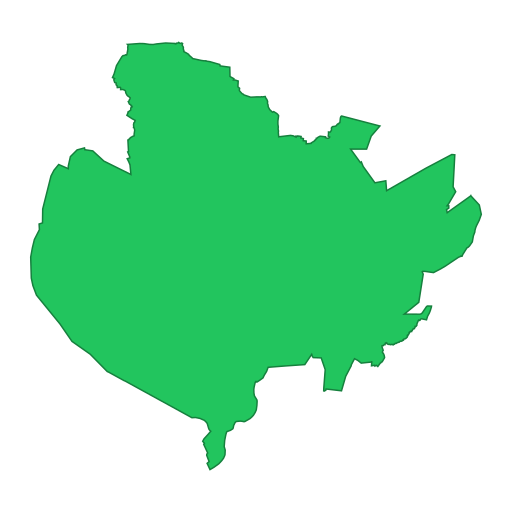 Kota Palembang, Sumatera Selatan, Indonesia (orthographic projection)
{"feature_id": "22746128B87825164980488", "entity_name": "Kota Palembang", "entity_type": "district", "adm_level": 2, "iso_a3": "IDN", "parent_name": "Indonesia", "parent_adm1": "Sumatera Selatan", "projection": "orthographic", "projection_center": [104.768, -2.979], "detail": "fine", "context": "isolated", "style": "filled", "palette": "green", "viewbox_px": 512, "rotation_deg": 0, "n_neighbors": 0, "source": "geoboundaries", "source_scale": "gbopen_adm2", "svg_char_len": 5977}
<svg xmlns="http://www.w3.org/2000/svg" viewBox="0 0 512 512"><path d="M72.0,341.4L90.2,354.2L107.4,371.7L108.0,371.8L124.4,380.8L124.9,380.9L191.9,417.7L195.5,417.5L199.9,418.4L204.3,420.3L205.8,421.7L207.2,423.4L208.8,428.9L209.5,430.0L210.8,431.2L207.8,434.7L204.1,438.7L202.7,441.3L204.4,443.3L203.7,444.3L207.7,453.0L206.8,454.2L206.7,455.3L209.1,461.6L207.1,463.3L210.0,469.6L213.9,467.3L218.9,463.7L221.7,460.7L223.5,458.3L224.7,455.6L225.0,454.5L225.2,450.1L224.2,446.6L224.7,440.4L225.8,434.8L226.4,432.6L226.9,431.6L230.5,430.3L232.8,428.8L233.2,427.9L233.7,425.4L234.4,424.0L235.1,422.5L236.3,421.5L240.2,421.1L242.1,421.3L244.0,421.7L244.9,421.5L250.0,418.6L251.8,417.0L253.4,415.3L255.2,412.4L255.8,412.7L255.2,412.4L256.3,409.8L256.9,405.4L257.1,401.6L257.0,400.1L254.4,395.8L253.9,392.9L253.8,389.4L254.1,387.2L255.0,383.2L255.4,382.1L256.0,381.4L257.1,382.4L257.0,382.2L257.8,381.5L260.1,380.0L263.0,377.9L264.2,375.3L266.6,371.4L268.1,367.3L286.0,365.9L304.8,364.6L311.7,354.3L312.4,356.4L313.2,357.6L321.2,357.9L325.2,369.6L323.8,387.9L323.7,390.9L324.2,391.1L324.5,390.8L325.7,390.4L326.1,389.0L341.5,390.8L345.7,376.3L351.2,365.8L351.3,364.8L354.5,358.7L357.8,360.4L361.2,363.1L370.9,362.1L371.6,361.7L371.8,361.8L371.5,365.8L374.6,365.3L374.9,366.1L376.3,365.3L377.8,366.5L380.3,363.1L380.8,362.9L381.3,362.2L382.2,361.8L384.4,358.0L384.6,357.4L384.1,355.1L383.3,353.3L383.1,353.3L382.4,352.3L382.8,350.7L383.2,350.3L382.2,347.5L381.9,345.9L382.5,345.6L383.4,345.6L383.9,344.8L384.4,344.6L385.0,344.7L385.4,343.1L385.8,343.1L386.2,342.8L386.6,343.3L386.9,343.1L387.1,343.3L387.3,343.9L388.1,344.3L389.2,344.5L389.7,344.2L390.4,344.7L391.7,344.5L391.9,344.3L392.3,344.4L392.5,344.7L393.4,344.8L393.6,344.3L394.3,344.3L394.8,344.0L395.1,343.4L396.3,343.2L396.4,343.3L397.2,342.7L397.9,342.6L398.7,342.1L399.4,342.1L400.0,341.3L400.4,341.2L401.1,341.3L402.4,340.8L402.7,340.4L402.7,340.1L402.9,340.0L403.2,340.3L403.4,340.2L403.6,340.0L403.5,339.5L403.7,339.2L404.3,338.9L405.0,338.9L405.9,338.4L407.3,337.0L407.4,336.4L407.5,336.3L407.3,335.8L407.8,335.5L407.6,335.1L408.3,334.6L408.5,334.6L409.4,332.9L409.1,332.7L409.1,332.4L410.1,331.7L410.4,331.8L411.0,331.2L411.4,331.4L411.4,330.9L412.0,330.9L412.4,330.4L412.4,329.9L413.2,329.1L413.3,328.7L414.0,328.8L414.4,328.6L414.3,328.3L415.0,327.4L415.1,326.4L415.8,326.5L416.1,326.3L416.9,325.2L416.9,323.9L418.5,320.2L418.8,320.0L419.6,320.5L420.0,320.3L420.4,319.5L420.9,319.0L421.5,318.8L426.5,319.8L427.6,316.2L429.3,313.1L430.3,310.6L431.4,307.0L431.5,306.1L427.4,306.0L426.9,306.3L426.5,306.6L422.1,313.1L420.8,314.0L419.7,314.2L404.3,314.1L418.8,302.3L423.2,274.2L422.2,271.7L422.9,271.3L425.1,271.4L433.5,272.6L440.6,268.9L445.5,266.0L458.4,257.3L460.9,256.3L460.8,256.1L461.1,256.0L461.4,256.3L462.1,256.2L462.7,254.6L466.9,247.9L468.3,247.1L469.6,245.8L472.3,241.9L473.4,235.8L474.8,232.1L475.0,230.2L475.7,227.7L476.5,225.7L479.2,220.3L481.3,214.4L479.3,205.0L470.8,195.8L470.7,196.1L470.7,195.9L447.2,212.7L446.5,209.6L448.8,208.1L448.8,205.8L447.1,205.8L448.6,203.8L455.7,191.7L453.1,186.8L454.8,154.8L451.8,154.5L425.9,168.2L386.6,190.7L385.8,180.8L374.9,182.8L363.2,166.5L361.3,161.9L360.4,162.6L350.6,149.1L366.6,149.1L371.2,136.1L379.9,126.0L341.6,116.0L341.0,116.4L340.7,117.0L340.7,117.5L340.4,117.8L339.9,122.6L339.1,123.0L338.9,123.4L338.3,124.0L337.8,123.9L337.4,124.2L336.6,125.2L336.5,125.5L335.4,126.2L332.6,126.6L331.9,127.2L331.4,128.0L331.5,130.0L330.8,131.2L330.0,132.2L328.5,132.0L328.5,134.1L328.2,136.1L329.7,137.0L329.5,137.4L328.6,138.2L327.3,138.3L325.4,137.6L325.5,136.8L320.3,136.2L319.8,136.3L317.8,137.4L317.0,138.2L316.3,138.2L316.1,139.2L315.1,140.2L314.7,140.3L314.5,140.9L311.1,143.0L311.1,143.4L306.2,143.8L306.2,141.0L303.2,140.7L303.4,138.6L300.8,137.9L301.1,136.5L298.9,136.1L297.7,136.0L297.7,136.3L296.0,136.1L296.0,137.1L293.1,135.8L290.5,135.4L278.7,136.8L278.3,132.2L278.5,131.1L278.1,129.0L278.3,127.0L278.0,124.8L277.9,124.7L277.9,121.0L278.6,115.7L277.9,114.6L276.8,113.5L273.7,111.6L272.5,112.2L269.7,109.6L268.4,107.2L268.1,106.2L268.1,105.0L267.5,103.6L267.6,101.4L267.0,99.8L266.5,98.9L266.1,98.7L265.2,96.5L262.2,96.9L261.4,96.7L260.3,97.0L259.5,96.9L256.4,96.9L250.7,97.2L243.9,94.9L243.3,94.2L242.1,93.7L239.8,91.2L239.3,90.2L239.6,88.3L237.9,86.8L238.2,81.0L235.0,80.0L233.4,80.0L233.9,78.7L230.0,76.5L229.8,67.2L220.1,65.9L219.8,64.5L209.7,61.6L206.1,61.1L206.0,60.8L203.9,60.8L201.1,60.4L192.5,58.5L192.1,57.8L189.2,55.3L188.6,54.3L186.3,52.9L183.8,51.6L183.9,50.6L183.3,49.0L183.4,47.6L183.2,46.9L182.1,45.1L182.6,43.6L181.8,43.0L180.2,43.4L179.8,43.3L178.7,42.4L178.1,43.0L176.3,43.2L176.2,43.7L175.2,43.9L174.6,43.4L173.9,43.4L165.6,43.0L156.7,43.9L153.2,44.5L149.5,44.4L143.9,43.6L139.7,43.5L127.5,44.4L128.1,45.0L127.7,47.5L127.9,49.1L127.6,50.5L127.6,51.6L127.2,52.1L127.3,53.1L126.6,55.0L125.5,54.8L124.6,55.4L123.0,55.6L121.8,56.8L116.5,65.6L114.1,73.9L112.5,77.6L114.6,78.5L113.8,79.8L114.7,82.5L116.2,83.0L116.1,84.8L117.3,85.9L117.1,86.8L117.3,87.6L120.2,87.3L120.6,87.7L120.6,89.6L122.9,89.5L124.6,90.2L125.3,90.7L125.7,91.9L125.7,92.7L127.0,95.2L128.0,96.2L128.6,96.5L130.2,97.8L130.1,98.6L129.2,100.2L129.2,100.6L128.6,101.5L128.3,101.6L129.3,103.9L129.7,104.3L130.7,104.7L131.1,105.9L131.6,105.8L132.2,106.8L130.8,107.9L130.7,110.1L127.9,112.1L128.1,112.6L126.9,115.3L131.9,118.6L135.2,120.4L134.8,121.1L134.9,121.4L134.5,122.4L134.1,122.5L133.9,122.8L133.5,124.7L133.7,126.6L133.5,127.6L134.2,127.9L134.7,130.2L134.1,134.3L134.2,135.8L132.3,136.5L131.2,137.4L130.5,137.5L129.5,138.9L129.1,139.0L128.7,139.8L127.9,140.0L128.5,151.5L127.7,151.9L130.1,157.7L130.4,157.7L127.2,158.7L128.8,161.9L130.0,164.9L130.9,174.5L103.9,161.1L92.8,150.9L84.8,149.7L84.5,147.9L77.1,149.9L70.4,156.6L68.3,166.0L68.3,168.7L58.7,164.5L54.0,170.2L51.0,176.0L42.7,209.0L42.5,222.9L39.1,224.0L39.4,229.7L34.4,239.5L32.4,247.7L30.7,257.1L31.3,278.1L32.9,285.6L36.5,295.2L60.0,324.0L72.0,341.4Z" fill="#22c55e" stroke="#15803d" stroke-width="1.5"/></svg>